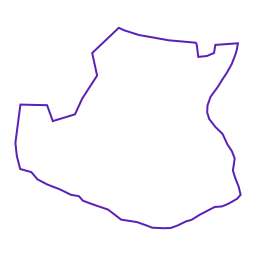 outline of Aboudéia, Salamat, Chad
{"feature_id": "50815135B13353907786726", "entity_name": "Aboudéia", "entity_type": "district", "adm_level": 2, "iso_a3": "TCD", "parent_name": "Chad", "parent_adm1": "Salamat", "projection": "albers", "projection_center": [19.686, 11.562], "detail": "fine", "context": "isolated", "style": "outline", "palette": "violet", "viewbox_px": 256, "rotation_deg": 0, "n_neighbors": 0, "source": "geoboundaries", "source_scale": "gbopen_adm2", "svg_char_len": 991}
<svg xmlns="http://www.w3.org/2000/svg" viewBox="0 0 256 256"><path d="M20.2,169.0L31.3,172.1L37.5,179.4L47.1,184.4L51.7,186.2L60.0,189.4L70.9,194.8L73.9,195.3L76.9,195.8L78.9,196.2L82.9,200.7L92.0,204.1L108.1,209.6L121.1,219.6L137.0,222.1L147.2,225.7L152.2,227.7L158.7,228.0L164.1,228.2L170.7,228.0L177.8,225.4L186.2,221.3L191.4,219.9L200.0,214.6L207.1,210.9L214.6,207.0L222.1,206.4L228.0,203.9L232.4,201.5L237.2,198.7L240.6,194.8L238.7,186.8L235.1,177.6L232.9,170.5L233.8,164.6L234.7,158.4L231.9,151.2L227.5,144.6L222.6,134.0L215.4,127.0L209.2,119.0L207.2,112.5L207.5,105.4L210.6,96.7L217.8,86.9L222.5,79.3L226.9,72.7L231.8,63.9L235.3,54.8L236.8,49.8L237.9,43.3L218.2,44.7L215.4,44.9L214.6,49.3L214.1,52.7L214.0,53.0L206.9,56.0L198.3,56.9L196.8,45.2L196.8,44.6L195.7,42.7L168.7,40.3L138.8,35.0L124.2,30.3L118.8,27.8L92.2,53.0L97.1,75.6L82.2,98.6L75.0,114.3L52.8,121.1L47.1,105.2L20.4,104.6L15.4,142.9L16.1,149.6L16.9,156.3L20.2,169.0Z" fill="none" stroke="#5b21b6" stroke-width="2"/></svg>